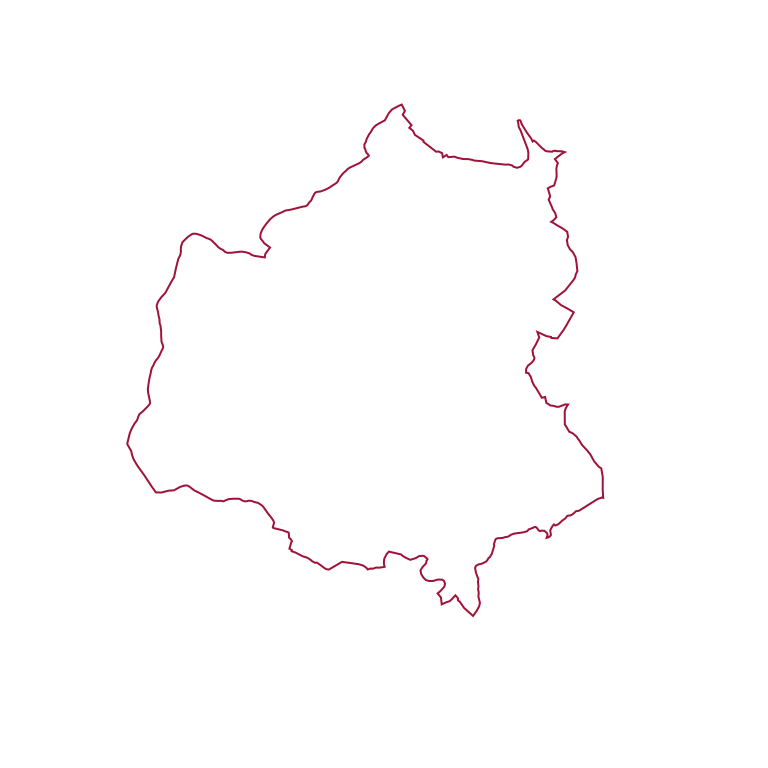 outline of Poiana Ilvei, Bistrita-Nasaud, Romania, rotated 156°
{"feature_id": "2599482B95786462044343", "entity_name": "Poiana Ilvei", "entity_type": "district", "adm_level": 2, "iso_a3": "ROU", "parent_name": "Romania", "parent_adm1": "Bistrita-Nasaud", "projection": "orthographic", "projection_center": [24.751, 47.354], "detail": "fine", "context": "isolated", "style": "outline", "palette": "rose", "viewbox_px": 768, "rotation_deg": 156, "n_neighbors": 0, "source": "geoboundaries", "source_scale": "gbopen_adm2", "svg_char_len": 6154}
<svg xmlns="http://www.w3.org/2000/svg" viewBox="0 0 768 768"><g transform="rotate(156 384 384)"><path d="M254.2,632.1L257.5,632.1L264.9,631.6L269.3,629.6L276.0,624.5L282.0,624.1L286.1,623.6L289.9,622.2L294.2,619.2L295.7,618.4L300.0,615.1L301.9,612.8L304.5,610.8L305.0,609.5L305.8,607.9L305.6,606.2L305.9,604.6L306.0,602.1L305.4,601.2L305.0,598.7L306.4,598.2L311.8,597.3L314.2,596.3L316.6,595.8L327.3,595.6L330.2,595.0L332.3,594.1L333.4,593.9L335.6,593.1L339.5,591.2L341.1,590.2L343.8,587.8L345.6,587.0L355.2,585.5L358.6,585.4L363.7,585.7L366.0,586.5L368.5,586.9L370.7,585.8L371.6,584.9L373.1,583.9L374.2,582.7L376.1,581.2L378.5,580.3L381.2,578.6L382.5,578.3L383.3,578.3L386.2,579.1L397.8,581.1L403.7,582.6L407.1,582.4L413.2,582.5L416.8,582.1L421.1,580.8L426.6,578.1L431.5,575.2L433.8,573.3L435.6,571.5L437.4,568.3L437.5,567.3L437.4,566.4L436.5,563.2L436.2,561.4L432.6,555.0L439.1,551.4L439.9,550.6L441.4,548.1L450.5,553.9L452.9,556.4L453.5,557.6L454.4,558.6L457.1,560.9L460.0,562.7L462.8,563.8L469.6,565.8L473.4,567.4L474.4,568.1L475.8,569.8L476.1,571.0L476.5,571.8L478.6,574.4L479.8,576.5L481.1,580.4L483.5,586.2L485.0,587.9L487.0,589.8L489.7,593.3L493.1,596.5L495.0,597.9L497.4,599.0L498.7,599.0L503.3,598.2L510.3,595.6L513.6,592.1L513.7,591.7L514.8,589.8L515.6,587.7L517.3,585.1L518.3,584.1L521.0,582.0L527.2,574.1L532.3,567.0L536.6,564.0L546.8,556.1L551.9,554.0L556.6,551.3L557.9,550.2L559.6,548.3L560.1,547.3L560.4,546.2L561.2,541.5L562.1,538.4L562.8,534.4L564.3,530.6L564.4,528.5L566.1,522.9L567.8,519.0L570.0,513.3L570.1,512.6L570.2,510.1L570.6,507.8L571.1,507.0L572.0,506.1L573.1,505.3L577.5,501.4L579.9,499.7L582.9,498.2L585.3,496.5L587.3,494.7L589.5,493.1L591.5,490.7L592.8,488.7L596.4,484.0L599.8,478.7L601.9,475.2L603.1,471.6L604.8,463.8L605.5,461.6L606.9,460.6L609.5,459.4L615.2,457.2L619.7,455.9L621.7,454.2L624.2,451.4L628.2,449.2L632.9,445.6L636.3,442.4L642.1,434.9L643.0,433.4L642.2,425.6L643.0,421.9L643.4,417.3L642.5,409.5L640.1,398.0L637.9,384.7L636.5,377.8L631.6,375.4L624.3,374.2L619.2,372.3L612.3,372.9L608.4,372.5L606.0,371.8L604.6,370.8L603.4,369.2L600.7,364.1L595.7,358.0L587.9,347.7L586.5,346.4L582.1,344.2L581.2,344.0L578.1,342.0L576.9,342.2L572.8,342.0L568.3,340.5L563.3,338.2L561.9,337.0L561.1,335.4L558.9,333.4L557.7,332.9L555.0,332.4L554.2,332.0L552.6,331.0L548.7,327.5L547.4,326.7L546.2,324.7L545.0,322.9L544.2,320.8L542.7,313.1L541.0,306.5L540.6,303.5L540.9,301.9L543.9,298.3L543.6,297.4L535.5,291.1L534.5,289.8L532.1,287.8L531.5,286.8L533.2,282.3L532.3,280.0L532.0,277.8L533.1,277.1L537.4,272.0L535.8,269.7L536.4,268.8L533.5,266.1L528.1,259.4L524.9,256.7L522.7,253.5L521.9,251.6L519.8,248.8L518.0,248.1L515.9,244.8L513.2,239.9L512.0,238.3L509.9,236.9L494.7,238.6L480.6,229.8L476.6,226.3L474.8,223.1L474.3,221.2L470.9,220.8L469.8,219.9L465.8,219.5L463.0,218.1L457.8,216.7L457.3,219.5L456.2,222.0L454.8,224.3L450.7,227.6L447.7,228.9L437.8,221.4L436.7,219.1L434.6,216.2L431.5,212.7L425.7,212.0L422.0,212.5L418.4,211.3L417.3,210.5L415.5,206.8L415.5,206.3L417.2,205.1L418.5,203.1L423.2,201.1L426.5,198.9L427.3,195.1L426.8,191.2L425.5,187.9L423.1,185.8L419.3,184.1L414.7,183.5L412.9,182.8L410.5,181.6L409.3,179.8L409.4,176.8L410.8,174.9L412.1,173.9L416.7,171.9L420.2,170.9L418.8,165.8L420.9,159.2L416.2,159.3L412.6,158.9L410.6,159.4L404.7,161.9L403.6,158.2L404.3,156.9L404.2,155.6L403.4,154.7L401.9,146.8L397.0,135.9L392.3,138.6L387.5,142.2L385.4,145.0L384.2,151.5L382.5,154.5L381.9,156.4L381.5,158.4L380.3,160.1L379.1,163.3L378.8,164.8L377.0,167.7L377.1,169.5L376.8,174.0L375.6,178.9L374.0,180.5L370.9,180.7L367.3,180.0L362.8,180.3L360.8,181.3L359.5,182.4L357.7,182.8L354.3,185.2L353.1,186.8L349.1,191.3L348.8,192.8L346.1,196.0L345.0,196.8L344.0,197.0L342.7,196.8L338.3,195.1L335.2,194.8L333.7,194.3L332.1,194.1L329.7,194.6L326.6,194.5L323.5,193.7L317.8,192.0L315.0,191.5L313.0,191.3L310.9,192.3L306.3,192.0L304.9,192.2L303.6,191.6L302.9,190.6L302.5,188.2L301.7,186.5L301.2,186.0L299.6,186.0L298.2,185.1L297.3,184.8L295.9,182.0L295.8,180.3L296.1,179.4L298.0,177.3L296.2,177.1L294.2,177.4L293.2,177.9L292.6,178.9L292.4,180.2L291.6,182.8L288.0,185.6L285.9,186.6L285.2,185.1L282.9,184.9L281.4,185.1L276.8,186.7L273.2,187.4L270.1,189.0L266.8,188.1L264.5,188.3L260.3,189.7L257.4,188.9L235.9,192.0L231.2,191.7L230.1,190.8L227.2,198.5L222.0,210.0L219.8,218.6L221.4,220.9L223.5,227.9L224.1,235.4L225.4,240.5L228.0,248.1L228.2,250.3L228.5,252.6L229.1,254.8L229.4,257.4L231.4,261.7L232.1,262.8L234.2,265.1L235.0,272.2L235.3,273.4L230.0,285.6L227.3,288.4L224.2,290.4L226.9,291.7L233.2,292.0L235.5,292.9L237.9,295.0L240.9,296.9L242.0,298.9L243.4,300.7L242.1,306.6L245.4,307.2L246.8,318.9L247.5,321.4L247.6,326.0L247.0,330.8L247.6,335.2L249.6,336.5L248.8,338.3L247.9,340.1L244.9,342.3L240.6,343.3L237.9,344.7L236.7,345.6L235.9,346.7L235.8,348.7L236.0,349.7L234.6,354.5L229.3,358.3L223.3,363.3L222.7,369.2L216.1,361.6L212.3,359.1L212.5,358.1L207.0,355.1L198.0,360.3L193.4,363.5L181.5,372.3L186.3,379.1L190.2,384.1L192.9,389.8L194.7,392.4L180.6,395.7L168.1,402.2L165.9,403.8L164.3,406.1L161.4,408.5L158.8,416.6L157.4,422.1L157.9,427.8L159.3,431.3L159.7,436.1L158.4,441.0L156.0,443.6L154.7,448.6L157.8,453.8L160.9,458.0L164.0,462.6L165.3,464.1L162.4,464.7L158.7,466.3L158.1,470.4L158.8,475.1L158.6,477.8L158.6,485.4L156.1,487.6L155.6,489.5L154.8,496.1L151.9,496.4L147.8,496.2L143.1,501.6L141.6,504.0L139.0,510.5L137.2,513.2L135.3,515.1L136.4,520.0L127.6,522.2L124.6,522.3L126.8,524.2L132.1,526.8L132.3,527.3L134.6,528.1L135.9,527.8L140.7,530.4L142.0,531.7L142.7,533.7L143.6,534.9L146.7,543.1L148.1,545.5L149.6,545.1L149.7,548.4L151.3,556.1L152.4,564.5L152.5,565.9L152.2,568.1L152.3,569.4L153.5,570.2L154.8,570.1L155.4,567.2L156.4,563.8L156.1,560.3L157.2,540.3L158.0,536.7L160.2,532.1L161.1,530.5L165.2,529.7L169.4,527.4L171.2,527.0L174.5,527.4L177.4,529.9L177.9,531.4L180.7,533.7L184.6,535.4L192.7,540.1L197.1,542.7L203.7,547.6L210.8,551.5L211.9,552.6L215.2,555.0L220.3,557.4L224.8,560.7L227.1,563.0L233.0,565.1L233.6,567.8L238.0,567.1L237.0,571.2L239.5,574.2L241.9,575.0L249.5,589.2L248.9,590.3L254.4,598.9L254.6,603.7L256.7,607.7L253.6,609.3L257.4,622.3L253.8,625.0L254.2,632.1Z" fill="none" stroke="#9f1239" stroke-width="2"/></g></svg>